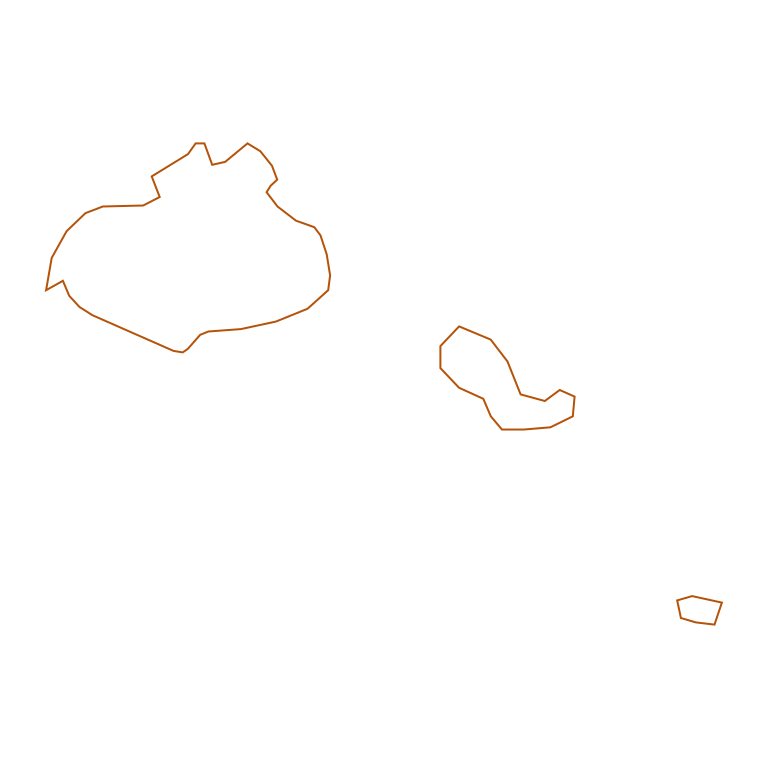 map outline of São Vicente (Natural Earth projection)
{"feature_id": "CPV-5059", "entity_name": "São Vicente", "entity_type": "state/province", "adm_level": 1, "iso_a3": "CPV", "parent_name": "Cabo Verde", "parent_adm1": "", "projection": "natural_earth1", "projection_center": [-24.866, 16.764], "detail": "fine", "context": "isolated", "style": "outline", "palette": "amber", "viewbox_px": 768, "rotation_deg": 0, "n_neighbors": 0, "source": "natural_earth", "source_scale": "10m", "svg_char_len": 877}
<svg xmlns="http://www.w3.org/2000/svg" viewBox="0 0 768 768"><path d="M270.7,185.7L266.6,192.2L277.5,206.5L296.0,220.7L314.3,227.2L320.5,235.4L326.7,254.3L330.1,275.4L328.2,290.2L307.6,308.7L276.1,321.5L240.9,329.1L208.4,331.5L200.2,334.8L187.7,349.0L182.7,352.4L173.5,350.9L92.4,315.2L79.5,307.0L69.2,295.8L62.9,280.8L46.1,290.2L51.7,257.9L66.6,231.2L85.5,213.1L102.8,206.5L143.2,205.5L159.7,197.0L151.7,176.4L188.0,154.1L195.6,143.4L204.4,143.4L212.2,164.8L225.1,161.9L247.5,143.4L260.4,151.3L272.0,165.8L277.2,179.6L270.7,185.7ZM459.1,326.4L490.7,339.6L507.5,361.5L520.6,394.4L544.8,401.0L559.7,390.0L574.6,396.6L572.8,416.3L550.4,427.3L524.3,429.5L501.9,429.5L490.8,416.3L483.3,398.8L459.1,387.8L440.4,368.1L440.4,346.1L459.1,326.4ZM692.1,596.1L721.9,602.6L714.5,624.6L695.8,622.4L680.9,618.0L677.2,600.4L692.1,596.1Z" fill="none" stroke="#b45309" stroke-width="2"/></svg>